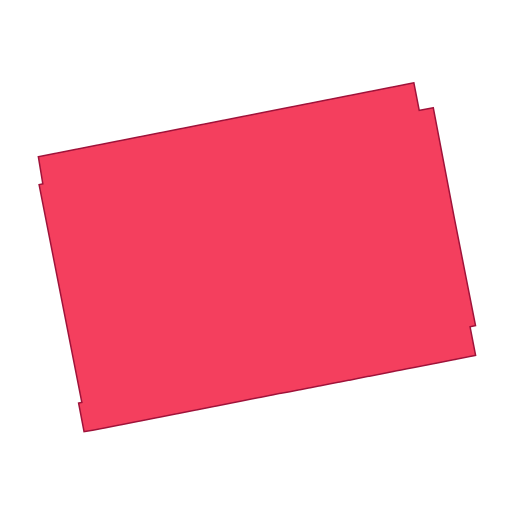 Cheyenne, Nebraska, United States of America (Robinson projection), rotated 349°
{"feature_id": "52423323B82080185563288", "entity_name": "Cheyenne", "entity_type": "district", "adm_level": 2, "iso_a3": "USA", "parent_name": "United States of America", "parent_adm1": "Nebraska", "projection": "robinson", "projection_center": [-102.944, 41.22], "detail": "fine", "context": "isolated", "style": "filled", "palette": "rose", "viewbox_px": 512, "rotation_deg": 349, "n_neighbors": 0, "source": "geoboundaries", "source_scale": "gbopen_adm2", "svg_char_len": 751}
<svg xmlns="http://www.w3.org/2000/svg" viewBox="0 0 512 512"><g transform="rotate(349 256 256)"><path d="M444.0,116.1L61.3,117.0L60.5,144.5L56.7,144.6L57.1,366.5L53.8,366.5L53.7,395.6L62.7,395.9L63.9,395.9L213.3,395.6L214.0,395.6L222.9,395.5L223.7,395.5L231.3,395.5L233.8,395.6L253.0,395.4L254.0,395.5L263.1,395.7L263.8,395.7L273.1,395.6L273.7,395.7L274.6,395.7L275.2,395.7L283.0,395.6L283.9,395.7L293.1,395.6L293.9,395.7L303.0,395.6L303.9,395.6L313.0,395.6L313.9,395.7L323.3,395.6L324.4,395.8L333.0,395.6L334.5,395.6L343.0,395.5L344.5,395.7L372.7,395.5L376.3,395.6L382.6,395.5L390.5,395.6L435.6,395.5L452.6,395.4L452.6,366.3L458.2,366.2L457.9,255.3L458.3,144.3L444.0,144.2L444.0,116.1Z" fill="#f43f5e" stroke="#9f1239" stroke-width="1.5"/></g></svg>